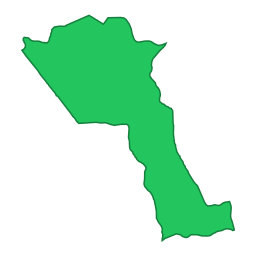 Teculután, Zacapa, Guatemala (Natural Earth projection)
{"feature_id": "79465075B78410714598363", "entity_name": "Teculután", "entity_type": "district", "adm_level": 2, "iso_a3": "GTM", "parent_name": "Guatemala", "parent_adm1": "Zacapa", "projection": "natural_earth1", "projection_center": [-89.766, 15.065], "detail": "fine", "context": "isolated", "style": "filled", "palette": "green", "viewbox_px": 256, "rotation_deg": 0, "n_neighbors": 0, "source": "geoboundaries", "source_scale": "gbopen_adm2", "svg_char_len": 2568}
<svg xmlns="http://www.w3.org/2000/svg" viewBox="0 0 256 256"><path d="M229.5,201.6L227.0,202.0L225.3,202.2L224.6,202.4L223.6,202.7L222.9,203.2L222.2,203.6L220.5,204.9L219.4,205.4L218.5,205.4L217.8,205.4L217.1,205.3L216.4,205.1L216.0,205.0L215.1,204.9L214.0,204.9L213.1,205.1L212.7,205.5L207.7,206.0L205.9,204.5L204.2,201.5L197.4,185.6L195.5,183.9L193.4,181.2L188.6,173.3L188.0,171.3L185.3,167.6L185.2,166.5L183.5,164.1L182.9,161.7L180.2,158.0L179.9,156.1L179.2,155.8L177.0,152.1L175.6,146.8L175.6,145.3L174.5,143.0L173.4,134.2L173.6,125.4L173.1,123.9L172.7,111.0L171.3,108.5L169.5,108.0L167.9,106.7L166.2,106.3L164.1,104.3L162.4,103.8L159.6,101.5L159.5,98.8L160.4,94.6L159.7,90.9L158.4,88.2L156.2,85.9L155.2,82.6L151.7,78.9L149.8,75.9L149.8,73.7L151.5,70.9L152.0,68.4L151.9,66.7L151.4,65.8L151.8,61.6L153.0,58.5L153.9,57.7L159.7,50.8L163.3,47.4L165.1,45.3L166.0,43.3L161.7,45.0L158.3,45.4L154.5,43.8L151.4,41.7L149.0,41.0L144.8,41.1L138.4,42.2L136.5,41.7L134.7,40.2L133.7,38.3L132.0,33.2L131.2,28.9L129.2,24.0L126.1,19.6L124.1,18.0L122.7,17.8L120.5,17.5L114.7,17.6L108.0,17.8L105.0,22.0L103.4,24.2L92.1,17.2L89.0,15.4L76.6,20.8L66.1,25.4L65.0,26.3L59.3,26.2L54.4,27.0L51.9,29.4L51.8,31.6L50.8,33.8L50.8,35.0L49.3,38.9L49.3,40.0L48.9,41.0L47.2,42.9L42.5,42.5L38.9,41.2L33.2,41.1L30.8,40.2L29.4,38.7L27.9,37.8L24.2,37.4L23.3,38.5L23.3,40.5L23.9,40.9L24.0,42.0L25.3,44.0L25.4,45.1L25.3,47.1L24.1,48.7L23.7,49.4L21.9,50.2L26.2,56.2L38.0,70.8L40.4,74.6L46.5,82.1L47.1,83.3L48.3,84.3L48.9,85.5L55.5,93.6L56.4,95.8L57.6,96.1L67.2,108.7L71.0,113.6L72.8,116.4L74.8,118.3L76.7,121.4L78.8,123.4L96.0,122.3L100.9,123.0L105.6,122.7L111.1,124.6L114.6,125.3L120.4,124.4L126.4,124.2L127.6,124.6L128.8,126.6L129.1,128.3L128.5,137.6L129.4,141.1L129.6,147.1L130.3,149.7L132.7,152.0L132.9,153.4L135.0,156.2L135.3,157.2L136.1,157.6L136.4,158.7L137.4,160.0L139.1,161.6L141.0,162.2L142.0,163.2L142.9,163.5L145.7,166.7L146.0,169.0L144.7,171.5L144.6,178.7L144.0,184.0L144.7,186.4L147.8,190.2L150.4,192.3L151.7,194.3L153.1,197.1L153.4,198.8L154.2,199.9L155.5,206.1L156.4,211.4L156.5,218.5L156.9,219.0L158.6,222.4L161.2,225.9L162.3,229.0L161.9,232.1L162.8,234.3L162.7,237.7L162.2,238.2L162.2,240.6L165.1,238.4L176.2,233.9L180.6,234.8L182.7,236.6L185.8,237.5L187.5,237.3L191.1,234.7L197.1,234.7L201.9,235.9L207.9,236.0L210.5,235.4L213.5,233.3L214.9,232.9L216.8,231.6L222.7,230.3L223.4,229.6L224.4,229.4L226.8,228.7L231.2,229.4L232.7,230.5L234.1,230.2L234.1,229.0L232.2,221.8L230.8,218.0L230.6,215.4L231.2,207.8L230.9,205.5L229.5,201.6Z" fill="#22c55e" stroke="#15803d" stroke-width="1.5"/></svg>